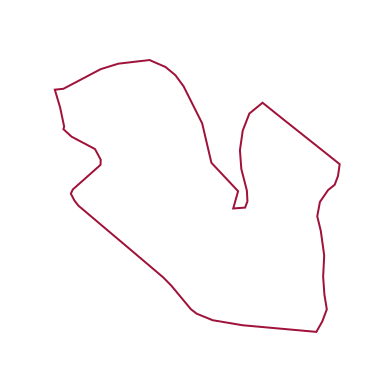 map outline of Djibouti (Robinson projection), rotated 279°
{"feature_id": "DJI", "entity_name": "Djibouti", "entity_type": "country or territory", "adm_level": 0, "iso_a3": "DJI", "parent_name": "Africa", "parent_adm1": "", "projection": "robinson", "projection_center": [42.635, 11.825], "detail": "fine", "context": "isolated", "style": "outline", "palette": "rose", "viewbox_px": 384, "rotation_deg": 279, "n_neighbors": 0, "source": "natural_earth", "source_scale": "50m", "svg_char_len": 814}
<svg xmlns="http://www.w3.org/2000/svg" viewBox="0 0 384 384"><g transform="rotate(279 192 192)"><path d="M291.2,247.7L278.1,270.7L261.5,300.1L242.6,333.5L230.7,333.7L221.5,331.8L215.2,326.1L202.2,319.9L187.6,319.5L173.7,325.3L150.0,332.5L128.7,334.8L111.5,338.8L97.2,343.5L84.4,340.9L73.3,336.7L70.9,301.2L68.3,262.6L68.6,232.4L72.5,215.8L76.0,209.3L96.2,186.3L103.1,177.0L126.2,139.0L145.9,106.4L160.7,82.0L165.2,77.2L171.4,72.6L175.9,73.9L204.5,97.4L209.6,96.8L219.2,89.5L227.8,64.4L233.9,55.2L236.6,55.5L254.9,48.5L271.6,40.5L273.8,48.8L299.0,82.5L307.2,99.1L315.7,129.4L311.3,146.3L304.8,157.3L295.0,167.2L261.4,191.3L223.9,206.6L200.0,237.4L182.2,235.3L184.9,246.9L191.5,248.2L201.9,246.0L222.5,237.1L240.8,232.8L260.6,232.5L278.5,236.4L291.2,247.7Z" fill="none" stroke="#9f1239" stroke-width="2"/></g></svg>